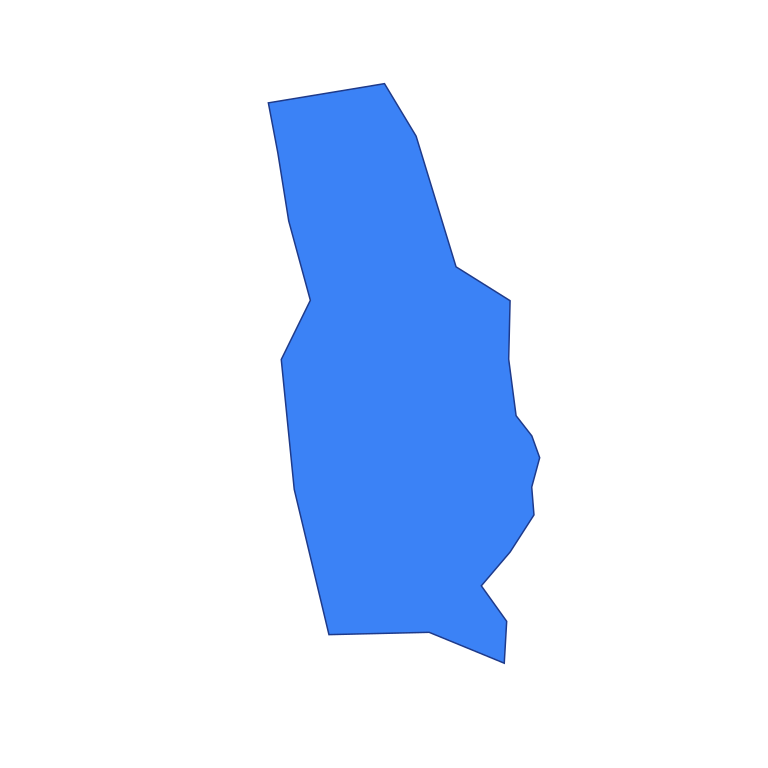 map outline of Sironko (Natural Earth projection), rotated 247°
{"feature_id": "UGA-3114", "entity_name": "Sironko", "entity_type": "County", "adm_level": 1, "iso_a3": "UGA", "parent_name": "Uganda", "parent_adm1": "", "projection": "natural_earth1", "projection_center": [34.329, 1.164], "detail": "fine", "context": "isolated", "style": "filled", "palette": "blue", "viewbox_px": 768, "rotation_deg": 247, "n_neighbors": 0, "source": "natural_earth", "source_scale": "10m", "svg_char_len": 446}
<svg xmlns="http://www.w3.org/2000/svg" viewBox="0 0 768 768"><g transform="rotate(247 384 384)"><path d="M599.6,510.4L463.7,496.1L411.4,532.6L358.2,508.5L303.2,493.2L278.4,499.8L255.3,498.5L231.4,479.7L204.9,470.9L180.1,434.5L160.2,394.7L117.6,404.2L80.0,385.6L137.8,328.5L174.8,235.4L322.1,260.2L446.7,299.0L489.8,348.9L571.3,360.0L638.3,376.6L688.0,387.4L660.3,501.8L599.6,510.4Z" fill="#3b82f6" stroke="#1e3a8a" stroke-width="1.5"/></g></svg>